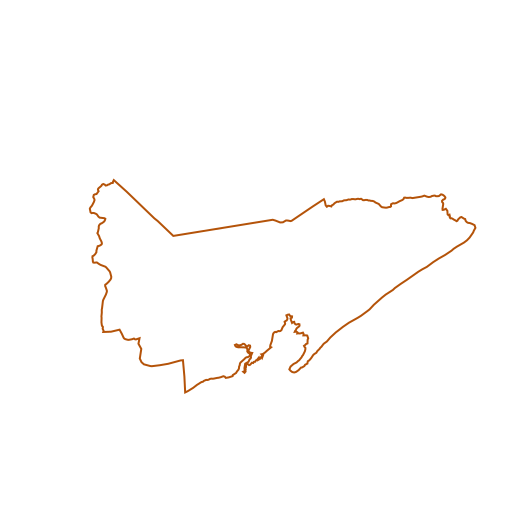 Msambweni, Coast, Kenya (orthographic projection), rotated 33°
{"feature_id": "3690345B18525828088972", "entity_name": "Msambweni", "entity_type": "district", "adm_level": 2, "iso_a3": "KEN", "parent_name": "Kenya", "parent_adm1": "Coast", "projection": "orthographic", "projection_center": [39.484, -4.373], "detail": "fine", "context": "isolated", "style": "outline", "palette": "amber", "viewbox_px": 512, "rotation_deg": 33, "n_neighbors": 0, "source": "geoboundaries", "source_scale": "gbopen_adm2", "svg_char_len": 6132}
<svg xmlns="http://www.w3.org/2000/svg" viewBox="0 0 512 512"><g transform="rotate(33 256 256)"><path d="M270.9,409.0L272.4,406.5L275.1,400.8L276.7,396.2L277.8,393.9L278.3,392.7L279.0,391.3L279.9,390.5L280.3,389.1L281.7,387.0L282.6,386.6L283.6,385.6L284.3,384.2L285.3,383.2L286.2,382.7L287.1,382.1L289.8,379.4L290.8,378.6L292.4,376.9L294.1,374.6L295.6,374.2L297.0,374.7L299.2,372.7L301.8,369.5L301.4,368.5L303.0,364.9L302.9,363.3L303.2,360.8L302.9,359.5L302.0,357.8L301.9,356.6L301.2,355.2L301.0,353.9L302.4,348.7L302.6,347.4L303.1,346.2L304.2,345.3L305.0,343.7L305.1,342.4L304.1,341.4L301.8,341.3L300.6,340.7L300.1,339.6L299.4,338.9L298.2,338.0L296.3,338.8L292.8,340.9L291.1,342.1L289.9,342.6L288.8,342.9L287.7,342.7L286.8,342.1L287.7,340.7L289.5,340.6L290.8,340.0L292.2,338.4L292.9,336.7L293.9,336.2L295.1,336.3L296.9,336.9L298.1,336.2L298.5,334.8L299.8,334.4L300.7,335.4L301.2,339.3L301.7,340.1L303.0,340.2L304.3,340.0L305.6,339.4L306.2,342.8L307.0,343.7L307.3,344.9L306.9,346.1L307.3,348.8L305.6,352.2L307.3,356.2L308.0,357.2L309.4,357.9L309.3,357.0L308.4,356.2L308.3,355.1L307.0,352.6L307.0,351.6L308.0,351.1L309.6,351.3L310.3,350.4L310.7,347.7L311.9,347.3L311.9,345.9L312.9,345.1L312.8,343.7L313.4,342.5L313.7,339.6L314.4,340.2L314.7,341.4L315.4,340.0L315.2,338.6L315.4,337.6L316.6,338.2L316.0,335.4L315.1,335.8L314.1,335.5L315.1,334.5L316.1,332.1L316.8,329.4L318.4,324.3L317.3,324.4L316.6,323.0L315.6,318.6L312.9,312.4L312.7,311.5L312.9,310.1L313.4,309.2L314.4,308.9L315.6,306.7L316.6,306.3L317.3,305.6L317.7,304.3L317.1,301.2L317.5,297.5L317.1,296.6L315.8,295.6L316.1,294.6L316.8,293.4L316.8,292.2L316.3,291.1L313.8,289.2L314.7,287.8L315.7,287.0L316.8,287.6L317.9,287.6L319.1,287.0L319.7,288.1L318.9,289.5L320.2,290.7L322.7,292.5L323.1,291.2L323.9,290.4L324.9,291.4L326.3,291.8L327.2,291.5L328.6,289.9L329.6,289.6L330.5,290.8L330.4,291.8L329.6,294.1L329.5,295.1L329.8,296.3L329.6,297.5L329.8,298.5L330.7,297.7L331.6,297.4L332.5,297.5L332.8,298.5L333.8,297.7L334.8,297.2L335.6,296.5L337.1,294.7L338.3,295.4L339.0,296.8L341.1,295.3L342.3,294.8L344.6,296.6L344.9,298.1L346.8,301.3L345.9,302.6L345.7,304.0L345.2,305.2L346.2,305.8L347.4,306.1L348.1,307.1L348.9,309.3L349.4,313.6L349.2,314.9L349.4,316.2L349.1,318.4L349.0,319.9L348.5,321.1L348.0,323.2L346.3,326.1L345.2,329.9L345.7,332.9L347.3,333.4L349.3,333.6L350.5,333.3L351.7,332.7L352.8,331.3L353.9,328.5L354.5,325.1L355.3,324.4L356.5,322.0L356.4,320.5L357.7,318.2L357.1,317.0L356.8,316.0L357.4,314.8L357.7,313.2L357.9,311.2L357.9,307.9L358.3,306.4L359.3,304.3L359.2,302.4L359.9,299.2L359.9,297.9L360.3,296.6L360.5,293.4L360.7,292.4L362.0,289.1L362.7,283.9L364.6,276.4L365.4,274.2L367.5,268.1L370.3,261.3L375.0,252.4L376.6,249.0L379.5,241.3L380.3,239.0L380.7,236.8L381.4,232.7L384.3,222.2L385.8,217.7L389.3,209.9L389.9,207.3L392.5,200.7L395.5,193.8L400.7,180.8L402.7,176.6L405.2,172.1L408.0,164.5L410.7,158.5L414.0,152.2L417.1,145.0L417.8,142.4L419.4,138.7L423.1,131.5L424.4,127.9L425.1,124.2L425.3,118.0L424.9,116.1L424.7,112.9L422.5,111.1L419.7,111.4L417.4,111.9L415.8,112.7L414.3,112.8L412.6,112.3L411.3,111.1L410.2,111.4L407.1,111.4L406.3,112.3L405.6,115.0L405.7,116.8L405.2,117.6L404.0,117.5L402.7,117.7L400.4,117.7L399.3,117.9L398.6,118.5L397.6,118.2L397.0,117.1L395.8,116.0L395.3,117.0L394.0,116.7L391.9,113.9L389.5,113.0L388.3,115.0L387.4,115.7L386.7,114.9L384.7,110.4L384.0,109.7L382.8,109.4L382.0,108.5L382.2,106.9L383.0,105.8L383.3,104.8L382.9,103.7L381.6,103.2L380.4,103.0L379.1,103.0L377.6,103.5L376.8,106.0L376.1,106.7L375.1,107.4L374.1,107.9L373.1,107.9L372.3,108.5L370.8,110.0L370.4,110.9L369.8,111.6L368.7,112.5L367.1,113.1L364.3,113.7L363.0,115.5L361.9,116.6L355.7,122.2L353.7,123.0L351.8,124.5L350.4,125.4L349.2,125.8L348.5,126.4L348.7,128.0L348.2,129.4L346.6,131.8L345.3,134.3L344.6,135.4L343.3,136.7L342.2,137.1L341.1,138.9L341.5,139.9L342.2,140.8L341.9,141.7L340.9,142.5L339.3,144.3L338.2,145.0L335.2,146.4L333.8,146.4L330.6,145.5L326.9,146.1L325.8,145.9L324.5,146.1L323.4,146.5L322.5,147.1L320.9,147.6L320.0,148.2L318.8,148.4L317.2,149.4L316.2,150.4L315.3,150.9L314.3,150.8L312.9,150.8L311.9,151.9L310.4,152.4L308.4,154.4L306.5,155.3L305.2,156.2L304.6,157.1L303.7,157.8L302.8,158.2L301.5,159.9L299.5,161.4L298.4,163.2L296.4,164.6L295.6,165.7L294.4,166.3L293.4,168.3L293.0,169.5L292.9,170.6L292.0,172.3L292.2,173.4L290.8,173.8L289.1,174.6L288.6,176.1L286.9,175.6L284.1,172.8L282.0,171.4L276.7,183.4L266.7,207.1L266.0,207.9L263.2,209.0L261.8,209.9L260.2,213.1L258.0,214.7L253.0,215.7L250.3,216.5L175.7,284.2L154.5,280.2L150.3,279.8L112.5,272.5L95.4,269.8L95.6,271.5L96.1,272.7L94.7,273.9L94.0,275.7L93.0,276.8L92.5,277.9L91.5,278.8L90.3,278.5L88.7,278.8L88.0,280.1L88.1,281.2L87.8,282.5L87.1,284.7L87.0,285.7L87.4,286.6L88.7,287.4L88.5,290.9L87.3,292.0L86.7,293.1L87.4,295.2L89.4,296.3L90.1,297.0L90.6,298.9L90.9,301.8L91.0,303.3L90.7,305.5L90.9,306.9L93.5,309.5L94.8,309.6L95.6,308.8L96.7,308.2L98.8,307.8L99.9,307.8L102.4,308.8L103.9,309.0L108.2,306.9L109.3,306.8L109.7,307.7L109.9,309.2L109.7,310.4L108.7,312.8L108.0,313.6L107.8,314.6L107.7,315.9L108.2,317.2L109.0,318.3L110.4,322.1L110.5,323.2L113.6,324.8L115.4,326.3L118.4,328.0L119.3,328.7L120.1,329.7L120.1,330.7L119.2,332.6L117.9,334.0L119.2,338.3L120.1,339.8L120.1,342.2L119.6,344.3L119.0,345.2L119.6,346.4L120.6,347.4L122.3,349.6L123.1,350.1L124.0,349.7L126.0,348.1L128.8,348.2L130.5,348.1L135.6,347.0L136.8,347.2L141.6,348.6L142.6,349.2L145.9,352.2L146.6,353.5L146.8,354.9L146.5,357.8L145.8,360.8L145.2,362.2L145.8,363.3L147.4,364.4L149.7,366.2L150.4,367.2L151.1,370.0L151.8,376.0L152.1,377.1L155.4,383.8L155.8,384.9L157.6,387.6L159.3,390.9L160.2,392.0L162.5,395.8L164.3,397.9L165.0,398.5L166.0,398.7L166.6,399.5L167.0,400.5L169.0,401.8L169.3,402.9L175.7,398.4L181.7,392.1L185.8,394.3L189.6,396.7L190.6,397.0L191.7,396.9L193.9,396.2L194.9,395.7L197.4,393.3L198.6,391.7L199.7,391.8L200.7,391.4L203.1,388.4L205.2,393.6L210.4,396.4L214.4,405.3L217.8,407.4L221.0,407.9L227.2,405.9L228.6,405.2L234.8,400.0L241.1,394.2L249.6,384.7L251.5,383.2L261.6,396.1L270.9,409.0ZM309.4,357.9L308.8,359.1L308.3,360.0L310.0,360.2L310.2,358.6L309.4,357.9Z" fill="none" stroke="#b45309" stroke-width="2"/></g></svg>